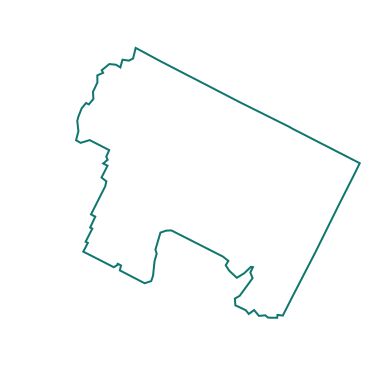 Caribou, Idaho, United States of America (orthographic projection), rotated 27°
{"feature_id": "52423323B45551485441937", "entity_name": "Caribou", "entity_type": "district", "adm_level": 2, "iso_a3": "USA", "parent_name": "United States of America", "parent_adm1": "Idaho", "projection": "orthographic", "projection_center": [-111.64, 42.719], "detail": "fine", "context": "isolated", "style": "outline", "palette": "teal", "viewbox_px": 384, "rotation_deg": 27, "n_neighbors": 0, "source": "geoboundaries", "source_scale": "gbopen_adm2", "svg_char_len": 1163}
<svg xmlns="http://www.w3.org/2000/svg" viewBox="0 0 384 384"><g transform="rotate(27 192 192)"><path d="M76.4,89.2L78.9,99.8L76.1,103.6L70.0,105.7L71.6,113.5L66.5,113.1L60.3,115.5L56.3,124.5L58.7,126.2L54.7,131.1L58.0,137.4L58.3,147.7L61.9,153.9L60.3,160.8L57.2,160.8L55.7,167.5L56.6,176.8L57.5,180.8L63.2,189.4L65.2,198.5L70.4,198.8L77.3,192.2L99.2,192.3L99.6,199.5L102.2,201.6L99.9,206.9L104.8,206.9L104.8,220.2L110.9,221.4L112.1,226.4L112.2,257.8L117.0,257.9L117.4,269.9L119.8,269.9L119.8,284.6L122.3,284.6L122.2,294.5L156.5,294.5L159.1,290.2L157.6,289.6L162.1,289.7L163.3,294.6L191.2,294.8L196.1,289.9L195.3,284.3L190.1,270.8L188.5,262.9L185.6,260.0L182.3,242.5L186.6,238.1L191.0,235.6L248.8,235.5L255.7,236.9L255.3,242.0L261.1,245.3L270.9,248.1L275.4,240.7L278.5,231.9L280.4,231.3L280.5,237.2L285.1,241.3L281.6,262.9L278.6,267.5L282.1,273.3L293.5,272.9L298.0,274.9L300.9,269.0L307.9,272.0L313.3,268.6L316.9,269.4L325.0,265.4L324.0,262.7L329.0,260.9L329.0,237.7L329.3,190.3L328.7,138.8L328.6,112.3L328.6,108.5L328.6,106.8L328.6,105.0L328.4,90.2L252.0,90.0L250.3,89.8L193.5,90.3L105.1,89.8L76.4,89.2Z" fill="none" stroke="#0f766e" stroke-width="2"/></g></svg>